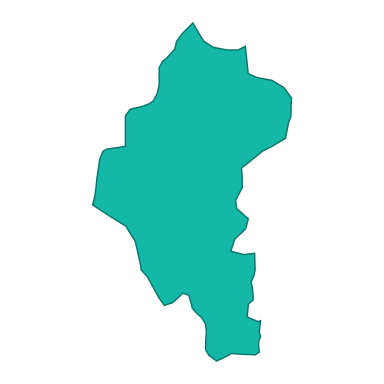 the district of Gapyeong-gun, Gyeonggi, South Korea
{"feature_id": "91817680B96761005572442", "entity_name": "Gapyeong-gun", "entity_type": "district", "adm_level": 2, "iso_a3": "KOR", "parent_name": "South Korea", "parent_adm1": "Gyeonggi", "projection": "albers", "projection_center": [127.464, 37.798], "detail": "fine", "context": "isolated", "style": "filled", "palette": "teal", "viewbox_px": 384, "rotation_deg": 0, "n_neighbors": 0, "source": "geoboundaries", "source_scale": "gbopen_adm2", "svg_char_len": 1256}
<svg xmlns="http://www.w3.org/2000/svg" viewBox="0 0 384 384"><path d="M192.9,23.0L182.1,33.8L176.7,41.2L174.7,49.3L166.6,58.1L162.6,61.4L159.2,67.5L159.2,75.6L159.2,85.0L157.1,93.8L153.1,101.2L149.0,103.9L141.6,106.6L135.5,108.0L130.1,109.3L125.4,116.0L125.4,146.4L107.1,149.1L103.1,151.1L99.7,159.2L96.9,178.8L96.2,186.2L94.9,195.7L92.8,204.5L92.6,204.9L108.4,215.3L125.9,226.2L135.4,241.7L140.1,262.7L141.4,270.2L147.5,276.9L156.9,294.1L159.0,297.9L164.4,305.4L172.5,302.7L178.0,297.9L182.7,293.2L188.8,295.2L191.5,304.7L192.2,308.1L196.9,313.5L201.7,317.6L205.7,324.4L206.4,332.5L205.7,341.3L205.7,350.1L209.1,355.5L216.6,361.0L225.4,356.9L231.5,353.5L241.0,354.2L255.2,354.8L259.3,352.1L258.6,345.3L258.6,341.3L260.6,336.5L259.3,332.5L260.5,320.7L257.9,321.6L247.1,316.9L248.4,304.0L253.1,300.0L253.1,295.9L252.4,287.8L251.1,281.7L253.8,276.3L255.1,270.2L254.6,253.3L243.6,254.6L230.8,251.2L234.8,239.1L245.6,228.9L248.3,218.8L236.8,208.6L235.5,200.5L242.2,187.7L242.2,177.5L241.5,168.1L254.3,157.9L262.4,151.2L271.9,146.4L285.4,138.3L288.7,122.1L290.8,116.7L291.4,97.8L284.0,87.7L271.8,80.3L257.0,77.6L248.2,73.6L245.3,46.3L238.1,50.0L227.3,50.0L213.1,47.3L203.7,41.2L199.6,34.5L192.9,23.0Z" fill="#14b8a6" stroke="#0f766e" stroke-width="1.5"/></svg>